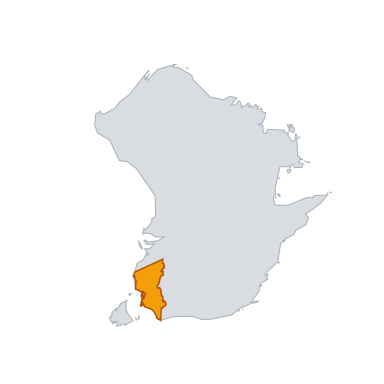 where Victoria sits in Australia, rotated 66°
{"feature_id": "AUS-2656", "entity_name": "Victoria", "entity_type": "State", "adm_level": 1, "iso_a3": "AUS", "parent_name": "Australia", "parent_adm1": "", "projection": "natural_earth1", "projection_center": [144.983, -36.566], "detail": "fine", "context": "in_parent", "style": "filled", "palette": "amber", "viewbox_px": 384, "rotation_deg": 66, "n_neighbors": 0, "source": "natural_earth", "source_scale": "10m", "svg_char_len": 9043}
<svg xmlns="http://www.w3.org/2000/svg" viewBox="0 0 384 384"><g transform="rotate(66 192 192)"><path d="M254.6,78.9L258.4,97.0L263.0,96.1L268.3,101.5L269.1,112.6L272.3,116.4L273.0,126.7L275.3,132.1L290.5,142.0L296.4,158.4L298.1,159.2L298.4,156.3L301.7,159.3L302.2,157.8L303.6,166.1L305.5,168.6L309.8,171.1L318.0,185.1L317.5,194.5L320.5,205.8L315.8,226.8L312.7,234.4L305.3,243.1L298.2,260.2L296.4,273.0L283.9,276.1L277.6,281.6L273.8,282.1L274.9,285.3L268.8,280.7L269.7,279.6L269.3,278.5L268.2,278.4L266.1,280.4L264.7,279.2L267.1,277.3L265.7,275.8L257.5,282.8L244.7,279.4L234.6,270.9L234.2,264.3L229.4,258.3L231.4,258.5L231.3,256.7L224.6,258.5L226.5,254.0L223.8,247.6L221.5,254.9L216.6,255.7L217.3,253.2L219.6,253.2L222.7,243.1L221.7,235.5L218.4,243.5L213.5,246.5L210.3,251.3L210.9,253.7L208.9,253.4L205.6,250.7L207.6,250.7L206.0,246.0L202.8,240.6L200.2,239.9L199.6,235.2L180.2,227.2L148.0,233.3L137.9,238.8L133.8,245.6L111.3,246.1L99.6,254.3L91.3,253.8L81.6,248.2L81.0,242.6L83.3,243.5L85.0,240.1L84.2,228.7L79.7,220.1L77.5,209.3L65.4,186.8L69.7,189.2L66.8,182.4L68.8,186.4L71.9,187.6L66.0,173.5L68.7,154.1L69.7,158.7L73.0,153.7L85.3,144.8L89.8,145.3L112.5,136.8L120.7,125.5L120.0,118.1L124.4,112.8L128.4,121.0L130.3,116.4L127.7,113.2L128.4,111.2L136.0,112.5L133.6,111.8L135.1,108.5L133.6,105.6L137.7,105.3L136.2,103.1L139.5,102.8L138.3,99.7L141.1,96.3L141.4,98.3L143.7,98.1L143.8,94.2L147.2,95.6L149.3,92.4L152.9,94.6L157.8,100.0L157.1,104.4L160.2,100.2L167.1,103.0L168.5,100.6L165.4,97.3L173.2,82.5L174.8,83.4L177.5,79.7L178.5,81.3L186.7,80.1L186.4,76.5L180.9,73.9L181.8,73.0L201.7,80.7L207.5,77.9L206.1,80.8L208.6,82.4L211.5,78.9L214.2,81.8L211.1,88.5L207.6,89.1L207.9,93.8L204.7,101.3L222.9,114.9L227.8,116.3L229.4,119.6L237.5,121.8L243.2,110.0L243.6,92.8L244.5,86.3L246.5,84.8L244.9,81.9L249.9,69.4L254.6,78.9ZM264.7,296.8L274.3,300.5L285.7,298.2L286.3,308.4L285.6,306.6L284.4,308.7L284.1,315.5L280.0,312.7L277.5,318.9L272.6,318.4L273.6,316.7L269.3,313.7L267.6,308.5L269.5,309.4L265.0,302.2L264.7,296.8ZM171.5,73.1L177.3,73.1L179.0,74.9L175.3,78.6L171.5,73.1ZM214.6,260.6L224.3,260.3L220.2,262.0L214.6,260.6ZM212.8,92.9L214.0,96.6L210.4,95.9L210.9,93.3L212.8,92.9ZM317.5,183.5L317.3,179.3L318.8,175.8L319.3,178.3L317.5,183.5ZM283.1,290.7L286.2,291.6L286.3,293.0L283.1,290.7ZM171.0,74.2L173.0,77.8L169.4,77.6L171.0,74.2ZM261.2,291.4L259.4,291.0L260.4,288.6L261.2,291.4ZM232.2,113.4L230.5,114.5L228.8,115.1L229.6,113.0L232.2,113.4ZM65.3,185.8L63.8,183.8L63.5,181.9L63.8,181.8L65.3,185.8ZM285.6,294.4L286.8,295.4L284.5,294.6L285.6,294.4ZM304.8,166.6L306.1,166.6L306.0,168.5L304.8,166.6ZM273.5,126.6L275.0,127.7L274.7,128.3L273.5,126.6ZM279.9,316.4L280.1,318.0L278.9,317.5L279.9,316.4ZM319.5,196.1L319.6,198.4L319.4,198.4L319.5,196.1ZM186.1,72.9L185.1,71.9L185.7,71.4L186.1,72.9ZM212.8,73.1L211.4,74.9L213.0,71.7L212.8,73.1ZM319.8,193.3L319.1,194.1L319.5,193.3L319.8,193.3ZM215.2,106.9L214.4,107.3L214.8,106.4L215.2,106.9ZM209.9,92.8L208.9,92.9L209.5,91.8L209.9,92.8ZM77.2,144.9L77.0,146.4L76.5,146.3L77.2,144.9ZM248.2,68.5L248.2,69.8L247.8,68.9L248.2,68.5ZM268.2,279.0L268.4,279.8L268.1,279.6L268.2,279.0ZM211.0,75.5L209.2,76.7L211.1,75.2L211.0,75.5ZM138.4,97.9L137.7,98.8L138.1,97.8L138.4,97.9ZM280.6,315.2L280.0,315.5L280.4,314.9L280.6,315.2ZM231.4,117.8L230.4,117.8L230.9,117.0L231.4,117.8ZM134.7,104.6L134.2,105.1L134.1,103.9L134.7,104.6ZM285.2,311.7L284.4,312.1L284.7,311.2L285.2,311.7ZM248.8,65.1L248.7,66.0L248.2,65.6L248.8,65.1ZM267.7,280.1L268.5,280.8L267.2,280.6L267.7,280.1ZM292.3,141.9L291.6,142.0L291.9,141.0L292.3,141.9ZM297.8,156.1L297.5,156.2L297.7,155.4L297.8,156.1ZM265.1,295.5L264.9,296.2L264.6,295.4L265.1,295.5Z" fill="#d9dde1" stroke="#a8b0b8" stroke-width="1"/><path d="M296.7,272.9L296.5,273.1L296.2,273.2L295.5,273.2L295.6,272.9L295.4,273.0L295.1,272.9L295.4,273.3L295.4,273.5L295.1,273.7L294.8,274.3L294.5,274.4L294.3,274.6L293.8,274.8L293.7,275.0L292.8,275.0L292.5,275.1L292.4,275.3L292.2,275.0L291.8,275.0L291.5,274.9L291.3,275.0L289.4,275.1L289.0,275.3L288.3,275.2L286.5,275.3L285.4,275.5L284.1,276.0L283.1,276.5L282.1,277.2L280.9,278.3L279.0,280.2L278.4,280.9L277.8,281.4L277.6,281.8L277.5,281.7L276.6,281.8L276.2,281.7L275.9,281.9L275.5,281.9L275.2,282.0L274.9,282.2L274.7,281.9L274.0,281.9L273.8,282.0L273.5,282.3L273.7,282.5L273.9,282.8L274.0,282.8L274.1,283.1L274.2,283.3L274.2,283.5L274.4,283.5L274.7,283.1L274.9,283.1L275.0,282.8L275.2,282.6L275.3,282.7L275.3,283.2L275.4,283.4L275.4,283.6L275.2,283.8L275.1,284.3L275.3,284.3L275.4,284.7L275.1,284.8L275.1,285.1L274.8,285.3L274.6,285.1L274.4,285.0L274.4,284.8L274.5,284.8L274.5,284.7L274.2,284.4L274.0,284.1L274.0,283.7L273.5,283.2L273.0,282.8L272.5,282.9L272.5,283.0L272.5,283.4L272.0,283.5L271.8,282.9L271.6,282.4L271.0,281.6L271.4,281.9L271.6,281.9L271.4,281.7L270.8,281.4L270.6,281.5L270.3,281.7L270.0,281.8L269.8,281.6L269.5,281.0L269.1,280.8L268.6,280.7L268.9,280.5L269.0,280.4L268.9,280.3L269.0,280.1L268.9,279.8L269.1,279.7L269.3,279.8L269.5,279.8L269.8,279.5L269.7,279.3L269.5,279.2L269.2,278.4L268.5,278.4L268.4,278.5L268.2,278.4L267.9,278.4L268.0,278.5L267.8,278.7L267.8,278.9L267.6,279.1L267.7,279.3L267.8,279.7L267.2,279.6L266.9,279.9L266.8,280.0L266.7,280.1L266.6,280.3L266.1,280.4L266.1,280.5L265.7,280.3L264.7,279.3L264.4,279.1L264.7,279.1L265.1,279.4L265.2,279.5L265.7,279.4L266.3,279.2L266.3,278.9L266.5,278.7L267.1,277.8L267.2,277.6L267.1,277.3L267.1,277.0L266.9,276.8L266.6,276.6L266.4,276.3L266.3,275.8L266.0,275.6L265.8,275.6L265.8,275.8L265.4,275.8L265.2,276.2L264.8,276.4L264.4,276.7L263.7,277.0L263.5,277.4L263.5,277.5L263.2,277.3L262.7,277.4L262.6,277.5L262.6,277.8L263.0,277.8L263.5,278.0L263.9,277.8L264.3,277.6L264.6,277.7L264.7,277.9L264.7,278.2L264.5,278.3L264.4,278.4L264.3,278.6L264.3,278.8L263.5,278.8L263.3,278.9L263.0,278.8L262.8,278.9L261.9,279.6L261.6,279.7L261.5,279.9L261.2,280.0L260.6,280.3L260.3,280.6L260.3,280.8L260.0,281.0L259.8,281.5L259.6,281.6L259.4,281.8L258.5,282.1L258.3,282.6L258.2,282.6L257.8,283.0L257.5,283.1L257.0,282.6L256.4,282.3L255.7,282.4L255.4,282.1L255.0,281.6L254.6,281.4L254.0,281.3L253.1,281.0L252.8,280.7L252.2,280.2L251.3,279.7L251.2,279.4L251.1,279.5L250.6,279.4L249.9,279.4L249.8,279.6L249.6,279.7L249.3,279.6L248.7,279.4L247.9,278.7L247.6,278.7L247.4,278.7L246.7,278.6L246.2,278.8L245.9,279.2L246.1,279.6L245.8,279.6L245.6,279.7L245.5,279.9L245.4,279.9L245.2,279.5L244.8,279.4L244.7,279.7L244.4,279.5L244.5,279.2L244.5,278.9L244.4,278.8L243.4,277.9L242.9,277.6L241.9,277.1L241.5,246.2L241.6,246.3L241.9,246.7L242.0,246.7L242.5,246.8L242.9,246.9L243.2,246.8L243.6,247.1L243.8,247.4L244.1,247.3L244.6,247.6L244.9,247.6L245.0,247.9L245.5,247.6L245.8,247.2L246.3,247.1L246.9,247.3L247.2,247.3L247.4,247.2L247.6,247.2L248.0,247.1L248.4,247.3L248.5,247.6L248.8,247.5L249.1,247.7L249.3,247.7L249.4,247.9L249.5,248.3L249.8,248.7L250.0,248.9L250.3,248.8L250.4,249.0L250.2,249.5L250.3,250.3L250.8,250.9L250.8,251.1L251.0,251.3L251.1,251.7L251.1,252.0L251.4,252.1L251.7,252.2L251.8,252.3L251.8,251.9L252.2,251.8L252.2,251.7L252.4,250.8L252.8,250.7L253.2,251.0L253.3,251.4L253.7,251.3L254.0,251.5L254.1,251.3L254.4,251.5L255.0,251.6L255.5,251.9L255.7,252.0L255.8,252.3L256.1,252.2L256.3,252.4L256.3,252.6L256.3,252.8L256.2,253.0L256.2,253.3L256.1,253.6L256.3,254.7L256.7,255.3L256.9,255.5L257.5,255.6L257.7,255.8L257.7,256.2L257.7,256.4L257.7,256.5L258.1,256.8L258.6,256.9L258.9,257.0L259.0,257.2L259.6,257.6L260.1,257.8L260.2,258.1L260.7,258.2L260.9,258.3L261.4,259.0L261.6,259.1L262.0,259.5L262.4,259.8L262.9,260.8L263.0,261.1L263.3,261.1L264.0,262.0L264.4,262.1L264.6,262.3L264.8,262.5L265.2,262.5L265.7,262.0L266.1,262.2L266.3,262.1L266.3,261.9L266.0,261.5L266.2,261.1L266.2,260.7L266.4,260.4L267.1,260.3L267.7,260.3L268.4,260.5L268.7,260.5L269.4,260.2L269.7,260.2L269.9,260.3L270.9,261.2L271.2,261.3L271.5,261.3L271.9,261.2L272.1,261.2L272.3,261.3L272.4,261.6L272.9,261.6L273.1,261.7L273.5,261.7L273.8,261.9L274.0,261.7L274.8,261.9L275.2,261.3L275.4,261.4L275.6,261.3L275.8,261.4L276.3,261.4L276.7,261.8L277.1,261.8L277.2,262.0L277.5,262.0L277.9,262.1L278.2,262.3L278.4,262.3L278.5,262.2L278.9,262.3L278.9,262.8L279.3,263.3L279.8,263.1L279.4,262.9L279.2,262.7L279.1,262.2L279.5,261.8L279.8,261.9L280.3,261.8L280.5,261.8L280.7,262.0L280.8,261.5L281.0,261.3L281.1,261.1L281.4,261.1L281.6,261.0L281.8,261.1L281.9,261.4L282.0,261.4L283.0,261.0L284.0,261.4L284.2,261.5L284.4,261.8L284.7,261.9L284.8,262.0L284.7,262.3L285.0,262.6L285.0,262.8L284.9,263.3L285.0,263.3L285.2,264.0L285.1,264.4L285.1,264.6L285.5,264.9L285.6,265.3L285.6,265.7L285.7,265.8L285.9,265.9L286.0,266.1L286.0,266.6L285.5,267.4L286.0,267.5L296.7,272.9ZM269.1,279.0L269.4,279.4L268.9,279.5L268.5,279.8L268.1,279.7L268.0,279.3L268.2,279.1L268.2,278.9L268.6,279.1L269.1,279.0ZM268.3,280.4L268.5,280.5L268.6,280.8L268.3,280.7L268.0,280.5L267.8,280.6L267.6,280.7L267.4,280.6L267.1,280.6L267.5,280.1L268.1,280.0L268.3,280.2L268.2,280.2L268.3,280.4L268.3,280.4ZM276.1,282.3L276.4,282.3L276.0,282.4L275.8,282.6L275.7,282.6L275.4,282.5L275.3,282.3L275.7,282.3L276.1,282.3Z" fill="#f59e0b" stroke="#b45309" stroke-width="1.5"/></g></svg>